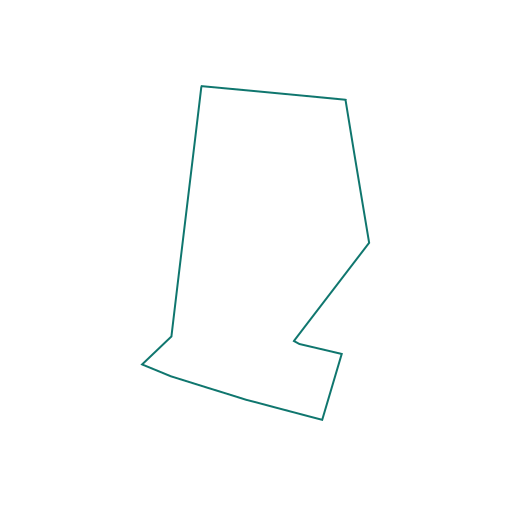 outline of Nubariyya West, Al Buhayrah, Egypt, rotated 153°
{"feature_id": "37247803B65833428461725", "entity_name": "Nubariyya West", "entity_type": "district", "adm_level": 2, "iso_a3": "EGY", "parent_name": "Egypt", "parent_adm1": "Al Buhayrah", "projection": "orthographic", "projection_center": [29.948, 30.431], "detail": "fine", "context": "isolated", "style": "outline", "palette": "teal", "viewbox_px": 512, "rotation_deg": 153, "n_neighbors": 0, "source": "geoboundaries", "source_scale": "gbopen_adm2", "svg_char_len": 581}
<svg xmlns="http://www.w3.org/2000/svg" viewBox="0 0 512 512"><g transform="rotate(153 256 256)"><path d="M271.4,80.0L270.7,80.7L224.1,129.8L248.9,150.8L257.3,157.9L260.5,162.6L260.8,163.0L260.5,163.2L244.7,170.8L149.2,216.4L122.4,301.2L105.4,354.4L105.3,354.5L105.8,354.9L158.0,388.1L184.6,405.0L227.3,432.0L228.2,431.1L256.8,388.4L296.4,329.4L331.7,276.8L354.8,242.3L367.9,222.7L406.7,211.1L406.4,210.7L386.5,187.5L358.5,160.1L348.8,150.7L329.9,132.2L323.4,126.5L308.6,113.2L295.4,101.4L282.1,89.5L271.4,80.0L271.4,80.0Z" fill="none" stroke="#0f766e" stroke-width="2"/></g></svg>